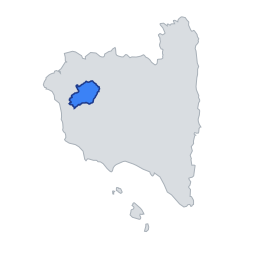 Córdoba on a map of Spain (orthographic projection), rotated 84°
{"feature_id": "ESP-5817", "entity_name": "Córdoba", "entity_type": "Autonomous Community", "adm_level": 1, "iso_a3": "ESP", "parent_name": "Spain", "parent_adm1": "", "projection": "orthographic", "projection_center": [-4.923, 37.957], "detail": "fine", "context": "in_parent", "style": "filled", "palette": "blue", "viewbox_px": 256, "rotation_deg": 84, "n_neighbors": 0, "source": "natural_earth", "source_scale": "10m", "svg_char_len": 5828}
<svg xmlns="http://www.w3.org/2000/svg" viewBox="0 0 256 256"><g transform="rotate(84 128 128)"><path d="M134.6,55.4L134.6,56.1L135.9,57.4L139.5,58.1L140.4,58.6L140.3,60.5L139.5,62.1L140.4,62.8L141.2,62.8L142.2,61.4L142.5,62.3L144.2,63.0L147.9,64.3L150.4,64.4L153.2,67.1L157.5,66.4L161.6,69.0L165.2,68.2L166.0,68.7L171.7,68.4L171.8,66.1L172.4,65.2L182.5,67.7L183.8,69.6L183.7,70.5L184.3,72.8L185.6,72.6L188.1,71.2L191.6,72.5L192.6,73.8L193.3,73.9L195.7,72.3L202.6,73.4L202.8,72.3L203.3,71.9L206.0,70.7L207.2,70.4L210.9,70.8L211.4,72.1L212.2,72.5L212.6,73.6L210.5,74.5L210.5,76.4L212.0,77.9L212.4,80.7L209.0,84.6L199.0,91.7L195.8,95.6L188.0,98.0L180.0,101.3L175.4,106.5L176.7,106.9L178.3,108.4L177.9,109.2L175.8,110.5L173.9,110.9L170.6,117.2L166.0,123.7L164.3,126.6L160.7,134.2L160.8,136.3L163.1,143.4L164.3,145.3L166.0,146.8L169.1,148.0L169.9,149.3L168.9,150.7L166.0,153.1L160.9,156.4L158.8,159.0L158.4,161.4L156.9,162.5L156.5,165.8L154.6,170.4L154.5,171.6L156.2,173.2L154.6,174.3L146.4,175.1L141.5,178.8L139.0,182.1L136.9,188.1L134.2,191.6L132.9,192.3L130.9,190.8L128.5,190.7L126.2,191.2L125.0,192.5L123.1,193.2L121.2,192.6L117.1,192.4L115.3,192.5L112.5,193.5L110.0,192.9L105.9,192.6L97.1,193.5L95.9,193.9L92.0,197.9L87.7,198.0L83.8,199.6L81.2,203.4L80.6,205.5L79.9,205.0L79.3,205.2L78.9,206.7L76.2,207.7L73.2,206.4L70.7,204.4L69.4,204.3L67.2,201.3L66.3,199.4L65.7,197.3L65.7,195.9L63.8,195.0L63.4,193.1L64.8,190.7L66.6,189.4L64.9,189.4L63.7,191.0L62.1,188.4L55.8,183.4L56.2,181.7L55.1,183.0L54.3,183.3L51.0,183.0L47.2,183.5L45.9,175.1L46.9,172.2L51.3,166.6L53.9,165.9L55.0,163.0L52.6,163.0L49.0,157.3L50.1,152.0L53.9,148.2L54.6,146.6L54.8,145.1L54.1,144.0L52.0,143.4L50.0,139.2L49.6,136.6L47.9,135.1L46.6,132.5L47.9,132.1L53.2,132.2L54.5,131.6L55.5,129.9L56.6,127.0L56.8,125.3L54.8,122.8L54.8,122.3L55.1,121.4L58.3,118.7L57.7,116.7L58.3,112.4L58.1,109.8L57.8,107.7L56.8,105.0L57.5,104.0L59.2,103.1L60.6,100.9L62.5,99.1L65.1,97.7L68.1,94.5L67.6,93.1L66.6,92.2L63.0,91.5L62.8,90.9L62.9,87.4L62.0,86.0L60.7,86.1L58.7,85.5L58.2,85.9L55.7,85.7L53.9,85.0L53.2,85.5L52.9,86.8L49.9,87.9L48.3,87.9L45.5,86.7L42.4,87.0L42.0,86.7L39.3,88.0L38.5,88.0L37.4,86.3L39.0,83.8L37.8,81.4L37.0,81.3L32.0,82.9L29.0,85.0L27.9,85.3L27.5,84.8L27.5,81.6L30.6,78.3L28.8,78.0L28.9,77.0L30.2,75.4L29.0,74.2L29.2,70.7L26.4,71.7L25.8,71.5L25.8,70.1L27.6,67.4L25.9,67.0L24.6,65.9L23.1,63.5L23.2,62.3L24.2,59.5L26.5,58.3L28.9,56.5L32.0,57.0L36.7,55.5L38.3,54.7L38.3,53.5L37.8,52.6L38.3,51.8L42.1,49.6L44.4,49.4L46.7,48.3L48.2,49.1L49.6,48.9L51.1,49.8L53.1,52.0L56.1,52.9L58.5,52.3L70.7,52.3L74.2,51.3L76.8,52.6L82.0,53.2L85.2,54.3L93.9,56.0L97.0,56.0L103.3,54.2L105.0,54.7L107.5,53.8L108.8,53.9L110.3,55.1L115.9,56.7L117.4,55.2L118.4,54.9L122.5,55.7L126.5,57.3L128.6,57.4L131.7,56.8L134.6,55.4ZM214.9,124.9L216.4,125.4L218.0,124.7L218.8,124.8L219.7,125.1L220.0,126.3L217.2,133.0L214.6,135.0L211.8,133.9L210.2,133.6L209.7,133.2L209.1,131.1L208.4,130.6L207.3,130.4L205.3,132.1L204.6,131.1L203.6,131.0L203.1,130.4L203.1,129.5L209.1,124.0L210.9,122.8L214.8,121.2L215.4,121.3L214.9,122.1L215.5,122.8L214.9,124.9ZM232.9,120.6L232.4,122.4L227.4,120.5L225.8,120.4L225.4,120.1L225.4,118.3L228.6,117.7L231.3,118.4L232.9,120.6ZM189.5,144.8L189.0,146.1L186.6,145.8L186.0,145.4L186.4,143.9L187.1,143.7L187.1,142.7L187.8,141.6L191.1,140.5L191.9,141.2L192.2,142.2L190.3,144.5L189.5,144.8ZM192.2,149.7L191.9,150.0L189.2,149.9L189.1,149.1L189.6,147.9L190.6,149.0L192.2,149.1L192.2,149.7Z" fill="#d9dde1" stroke="#a8b0b8" stroke-width="1"/><path d="M102.9,179.4L101.7,179.4L101.4,179.5L100.7,180.3L100.4,180.5L100.2,180.6L99.6,180.4L99.4,180.5L99.1,181.0L99.1,181.6L98.7,182.3L98.8,183.0L97.8,183.9L97.7,183.5L96.9,183.3L96.7,182.0L95.7,182.0L95.1,182.8L94.2,183.4L93.2,183.2L93.0,182.5L92.3,182.5L92.2,182.0L92.0,181.6L91.9,180.7L91.7,180.4L91.4,180.3L90.5,181.0L90.2,180.9L89.5,180.4L89.1,179.3L88.5,178.7L88.5,178.2L88.1,177.6L87.6,177.0L87.7,176.7L87.8,175.7L87.7,175.4L87.7,175.2L87.4,175.0L87.3,174.9L87.4,174.6L87.4,174.4L87.2,173.9L86.9,173.5L86.6,173.3L86.2,173.1L85.8,173.2L84.9,173.5L84.6,174.0L84.2,174.1L83.7,174.1L82.1,174.9L81.0,175.2L80.5,175.1L80.1,174.7L79.9,173.9L80.3,173.4L81.6,173.4L81.6,171.8L81.2,171.6L81.1,171.4L81.0,171.2L81.0,170.6L80.8,170.4L80.3,170.1L80.1,169.9L79.9,169.5L79.9,168.7L79.8,168.4L78.9,167.5L78.6,166.3L77.2,164.8L77.3,164.4L78.0,163.8L78.0,163.7L78.0,163.4L78.1,163.1L78.3,162.9L78.3,162.6L78.3,162.4L78.3,162.1L78.2,162.0L78.2,161.8L78.2,161.7L78.1,161.3L78.0,161.2L77.9,161.0L77.9,160.7L77.7,160.5L77.6,160.4L77.5,160.2L77.5,159.9L77.6,159.6L77.6,159.4L77.4,159.1L77.4,158.9L77.5,158.4L77.8,158.1L78.5,157.7L78.8,157.6L79.1,157.2L79.4,156.9L79.9,156.6L80.0,156.4L80.1,156.2L80.2,155.9L80.3,155.8L80.5,155.5L80.6,155.4L80.8,155.2L81.0,155.1L81.4,155.1L81.6,155.2L81.8,155.0L81.8,154.9L82.0,154.7L82.6,154.1L83.3,153.6L83.8,153.5L83.8,153.4L83.9,153.1L84.0,152.9L83.9,152.8L83.9,152.6L84.1,152.4L85.4,152.4L85.6,152.3L86.1,152.2L87.0,152.9L87.5,153.1L87.9,153.1L88.1,153.1L88.5,153.1L88.8,153.3L88.8,153.6L88.8,153.8L88.8,154.1L88.9,154.3L89.1,154.5L89.4,154.8L89.6,154.9L89.9,154.9L90.2,154.9L90.4,155.0L91.0,155.3L91.4,155.6L91.7,155.9L92.0,156.0L92.6,156.4L92.7,156.6L92.8,156.8L92.9,157.0L93.1,157.0L93.3,157.1L93.6,157.2L93.8,157.3L94.0,157.4L94.4,157.8L94.9,158.3L95.2,158.7L95.4,158.9L95.5,159.0L96.2,159.4L96.6,159.5L96.9,159.5L97.9,160.0L98.1,160.0L98.3,159.9L98.8,160.2L99.3,161.2L99.3,161.9L99.4,162.3L99.6,162.7L100.1,163.4L100.1,164.3L99.7,164.5L98.8,165.9L98.7,166.1L98.6,166.6L98.6,166.8L98.2,167.1L98.6,167.9L98.3,170.8L98.3,171.1L98.5,171.3L98.9,171.5L99.1,171.8L99.2,172.6L99.3,173.0L99.9,173.2L100.1,173.4L100.1,173.7L100.0,173.9L99.5,174.5L99.5,174.8L99.6,175.0L100.0,175.1L100.4,175.8L101.1,176.6L101.4,177.4L101.5,177.7L102.3,178.3L102.9,179.4Z" fill="#3b82f6" stroke="#1e3a8a" stroke-width="1.5"/></g></svg>